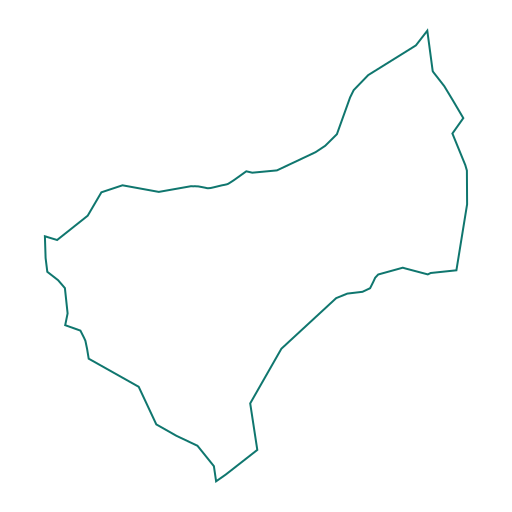 Xu'reemaral, Bayanhongor, Mongolia (Albers equal-area conic projection)
{"feature_id": "93677404B17106990406632", "entity_name": "Xu'reemaral", "entity_type": "district", "adm_level": 2, "iso_a3": "MNG", "parent_name": "Mongolia", "parent_adm1": "Bayanhongor", "projection": "albers", "projection_center": [98.288, 46.477], "detail": "fine", "context": "isolated", "style": "outline", "palette": "teal", "viewbox_px": 512, "rotation_deg": 0, "n_neighbors": 0, "source": "geoboundaries", "source_scale": "gbopen_adm2", "svg_char_len": 1052}
<svg xmlns="http://www.w3.org/2000/svg" viewBox="0 0 512 512"><path d="M44.9,236.3L45.6,258.0L47.3,271.8L58.1,280.2L64.9,288.1L67.6,313.4L65.2,325.2L80.4,330.6L84.0,337.7L85.4,340.8L87.1,349.0L88.7,358.7L138.7,386.8L156.3,424.4L176.4,435.8L197.5,445.8L213.9,466.2L216.1,481.3L225.7,474.6L257.3,449.9L250.2,403.4L281.4,348.7L336.2,298.1L347.3,293.6L362.5,291.8L370.1,288.2L373.3,281.8L375.2,277.7L378.2,274.5L402.8,267.7L405.5,268.5L427.8,274.4L430.7,273.0L456.4,270.3L467.1,204.3L466.9,170.6L465.3,165.1L452.4,133.5L463.3,118.1L452.7,100.1L444.3,86.2L433.3,72.1L432.7,71.1L427.3,30.7L415.9,45.4L368.2,75.1L353.7,90.1L350.1,97.4L336.9,134.2L325.2,145.8L315.5,152.2L276.9,170.4L252.3,172.7L246.3,171.3L233.7,180.3L230.6,182.3L228.2,183.8L226.9,184.3L224.7,184.8L222.0,185.3L217.5,186.4L213.8,187.3L210.7,188.0L208.6,188.2L207.2,188.2L205.1,187.7L201.5,187.0L198.3,186.4L195.9,186.3L194.8,186.2L193.7,186.3L192.9,186.3L191.0,186.2L158.8,191.9L122.5,185.3L101.4,192.3L87.7,215.7L57.1,240.0L44.9,236.3Z" fill="none" stroke="#0f766e" stroke-width="2"/></svg>